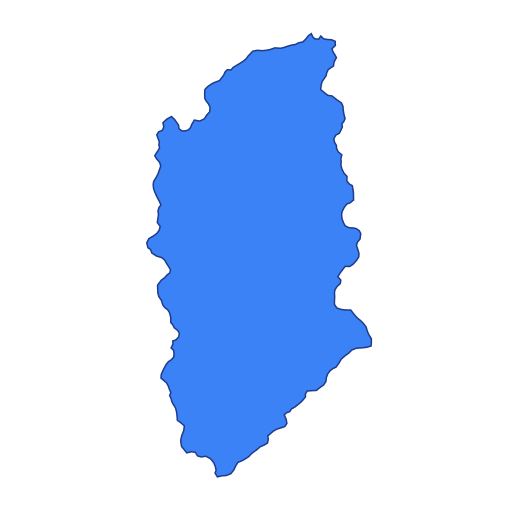 Candeias, Minas Gerais, Brazil, rotated 265°
{"feature_id": "56859067B9818430918024", "entity_name": "Candeias", "entity_type": "district", "adm_level": 2, "iso_a3": "BRA", "parent_name": "Brazil", "parent_adm1": "Minas Gerais", "projection": "robinson", "projection_center": [-45.275, -20.749], "detail": "fine", "context": "isolated", "style": "filled", "palette": "blue", "viewbox_px": 512, "rotation_deg": 265, "n_neighbors": 0, "source": "geoboundaries", "source_scale": "gbopen_adm2", "svg_char_len": 4071}
<svg xmlns="http://www.w3.org/2000/svg" viewBox="0 0 512 512"><g transform="rotate(265 256 256)"><path d="M278.6,148.3L273.6,149.1L271.7,151.5L268.0,152.5L264.6,156.9L262.5,162.2L259.4,165.0L256.2,166.3L252.8,168.2L249.5,169.6L246.7,168.6L244.9,165.8L242.2,162.9L240.2,159.6L237.8,157.4L235.5,155.4L231.9,155.2L227.5,155.0L223.9,155.7L220.0,157.9L215.4,158.9L212.6,160.6L210.3,163.2L207.2,164.9L202.4,165.7L197.1,165.3L194.7,167.1L191.6,168.3L188.9,171.3L185.9,172.9L182.2,172.0L179.5,169.0L178.6,165.7L175.5,165.6L171.8,163.4L169.0,165.8L165.8,165.8L162.6,165.3L160.1,162.7L158.4,159.6L156.0,157.2L152.1,154.6L149.0,152.7L146.0,151.2L142.6,150.7L140.2,153.1L137.6,155.7L134.3,157.2L130.8,158.1L127.4,159.3L124.6,157.8L121.3,159.0L118.5,159.4L115.7,160.5L111.9,162.5L107.5,163.3L103.3,163.4L99.3,163.3L96.5,166.5L93.1,169.8L88.4,168.8L83.8,166.5L79.4,165.0L76.5,164.9L72.6,165.3L68.9,167.9L65.9,169.8L66.6,174.8L65.7,178.5L62.0,180.3L60.6,183.8L60.9,188.6L58.0,193.0L53.8,195.9L49.8,197.1L46.1,197.6L43.3,196.3L39.3,198.3L40.0,202.8L39.9,207.1L41.3,211.9L44.7,215.2L48.8,217.6L51.9,219.9L53.3,224.3L55.0,228.0L56.8,231.3L59.2,233.9L60.9,236.4L62.9,239.9L65.5,243.3L67.0,247.8L68.7,251.2L72.5,252.3L75.7,252.0L77.7,254.8L80.1,258.1L81.7,261.7L82.6,265.8L83.6,269.9L86.6,272.2L90.8,271.8L95.2,270.3L97.2,272.7L98.0,276.0L100.6,278.0L102.0,281.3L103.9,284.2L106.4,287.9L108.8,290.6L111.4,293.0L114.3,293.2L117.0,295.2L117.0,299.7L116.8,304.5L119.3,308.1L121.5,312.0L124.9,314.7L128.7,315.5L132.4,317.2L135.3,319.9L137.1,322.7L138.3,326.0L141.9,329.1L146.0,332.1L148.9,336.1L151.1,339.8L154.0,343.3L155.4,348.0L155.3,353.5L155.4,358.4L156.3,362.8L159.9,363.4L163.6,363.7L167.7,361.6L171.5,360.3L175.7,359.5L180.0,356.7L182.9,354.2L185.1,351.8L187.4,350.0L190.1,348.1L193.9,345.7L194.5,340.0L195.4,336.0L197.2,332.0L201.0,329.9L204.8,330.3L208.3,330.8L212.8,331.0L215.4,331.7L218.5,334.0L221.1,337.5L224.6,338.4L228.2,335.7L231.8,338.4L234.5,340.8L237.9,343.9L237.4,348.5L239.4,352.1L242.7,355.6L246.1,358.3L249.5,358.8L253.2,358.1L257.7,357.0L260.9,358.2L263.8,361.1L266.5,361.7L269.3,362.3L272.3,361.0L274.6,358.2L275.5,355.2L276.0,351.3L278.2,347.5L281.4,346.1L285.8,344.9L289.9,344.9L292.8,345.7L296.7,348.1L299.8,350.9L300.7,354.2L303.3,358.1L307.1,358.3L310.3,358.6L314.3,358.4L317.7,358.0L319.6,355.2L322.9,353.0L327.4,353.6L330.8,350.9L335.6,349.0L339.6,348.5L342.4,349.1L345.3,349.0L349.3,350.3L352.4,347.1L355.8,345.7L359.2,345.7L362.3,344.2L365.9,343.7L369.5,346.1L371.0,349.7L374.0,351.6L377.1,353.3L380.2,353.1L382.3,355.2L385.1,356.7L389.8,355.9L394.6,355.6L397.6,355.7L401.1,354.4L404.8,349.9L408.8,345.7L409.8,341.6L412.5,338.6L416.2,334.9L420.4,335.8L423.9,337.0L427.2,339.7L429.5,341.6L432.3,342.4L435.4,344.2L437.0,346.9L438.4,349.7L442.4,350.7L446.6,353.4L449.6,352.1L452.3,350.7L455.8,349.7L458.8,353.4L463.0,353.6L464.9,350.0L465.3,346.8L466.4,342.4L469.5,339.7L466.6,337.4L467.1,333.7L469.2,331.7L472.7,330.5L471.0,327.5L467.7,324.4L465.1,321.2L464.7,317.1L463.3,313.6L463.0,309.6L462.2,305.7L461.2,301.7L460.8,298.5L461.7,293.0L460.4,287.8L460.0,283.5L460.0,279.9L460.8,275.2L460.3,270.6L457.9,267.9L455.9,265.6L453.5,263.6L451.3,260.5L449.3,256.7L447.5,253.0L445.9,249.7L443.5,247.3L444.1,243.7L442.2,241.4L438.9,239.5L436.7,237.5L433.9,234.9L432.2,228.7L430.2,224.7L428.6,222.2L426.3,219.6L421.5,218.9L417.1,218.8L414.0,220.3L411.7,221.9L408.1,223.2L403.6,222.4L400.8,219.3L397.2,216.5L395.3,211.7L396.8,206.4L392.9,203.6L389.5,201.9L387.4,199.4L386.8,196.3L387.1,193.0L389.5,190.4L393.2,190.2L396.2,188.5L399.1,186.8L402.3,184.0L400.2,179.2L396.9,174.9L392.6,175.4L389.4,173.7L388.2,169.8L385.3,167.7L381.9,168.6L378.2,169.6L375.1,168.9L372.3,169.4L369.7,167.7L367.2,165.7L364.7,163.9L361.4,165.5L357.6,168.2L353.9,168.9L350.7,167.5L345.9,165.3L342.9,163.3L339.3,160.6L336.3,159.8L332.5,159.8L329.0,160.6L325.7,161.7L321.6,163.3L318.0,164.8L315.2,165.7L312.5,163.4L309.1,162.2L306.1,162.5L302.5,161.7L297.9,160.6L293.9,163.1L290.3,161.9L287.3,159.4L284.9,155.5L282.6,150.7L278.6,148.3Z" fill="#3b82f6" stroke="#1e3a8a" stroke-width="1.5"/></g></svg>